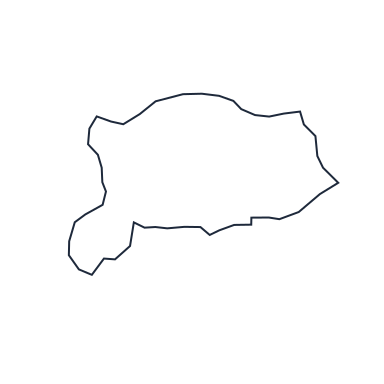 the district of Lakatameia, Nicosia, Cyprus, rotated 121°
{"feature_id": "46923920B42994337546292", "entity_name": "Lakatameia", "entity_type": "district", "adm_level": 2, "iso_a3": "CYP", "parent_name": "Cyprus", "parent_adm1": "Nicosia", "projection": "robinson", "projection_center": [33.31, 35.116], "detail": "fine", "context": "isolated", "style": "outline", "palette": "slate", "viewbox_px": 384, "rotation_deg": 121, "n_neighbors": 0, "source": "geoboundaries", "source_scale": "gbopen_adm2", "svg_char_len": 774}
<svg xmlns="http://www.w3.org/2000/svg" viewBox="0 0 384 384"><g transform="rotate(121 192 192)"><path d="M108.8,71.4L103.7,92.2L96.6,103.1L80.5,115.0L76.5,130.9L68.7,139.4L67.4,140.8L77.5,153.7L87.6,164.7L93.6,177.6L95.6,192.5L92.6,203.4L95.6,218.3L102.7,234.2L112.8,250.1L133.0,269.9L152.1,276.9L169.3,285.8L173.3,297.7L176.3,312.6L190.5,312.6L204.6,305.7L208.6,291.8L217.7,281.9L229.8,273.9L235.9,266.0L249.0,262.0L266.2,271.9L278.3,276.9L297.5,271.9L309.6,265.0L316.6,249.1L314.6,235.2L294.4,233.2L289.4,223.3L270.2,217.3L248.0,226.2L247.0,214.3L240.9,205.4L235.9,194.5L225.8,180.6L217.7,166.7L219.7,154.7L210.7,148.8L198.5,138.9L189.5,124.4L183.4,127.9L174.3,113.0L170.3,103.1L154.2,90.2L127.9,81.3L108.8,71.4Z" fill="none" stroke="#1e293b" stroke-width="2"/></g></svg>